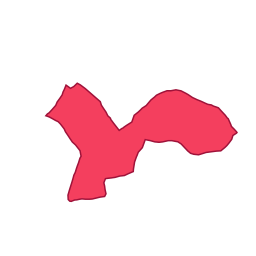 Iguegben, Edo, Nigeria, rotated 57°
{"feature_id": "59680162B67610911656226", "entity_name": "Iguegben", "entity_type": "district", "adm_level": 2, "iso_a3": "NGA", "parent_name": "Nigeria", "parent_adm1": "Edo", "projection": "albers", "projection_center": [6.246, 6.513], "detail": "fine", "context": "isolated", "style": "filled", "palette": "rose", "viewbox_px": 256, "rotation_deg": 57, "n_neighbors": 0, "source": "geoboundaries", "source_scale": "gbopen_adm2", "svg_char_len": 1983}
<svg xmlns="http://www.w3.org/2000/svg" viewBox="0 0 256 256"><g transform="rotate(57 128 128)"><path d="M191.1,39.0L190.0,39.1L186.8,39.6L183.0,40.4L181.0,39.9L174.8,38.9L173.6,39.3L170.2,39.5L164.0,40.6L160.8,41.1L160.3,41.2L158.8,42.3L157.3,43.5L156.2,44.4L154.1,45.5L151.6,48.2L148.7,50.1L147.4,50.9L144.9,52.5L141.8,54.7L137.6,57.3L132.5,59.5L130.4,60.6L125.7,63.3L122.1,67.0L120.1,71.8L118.0,75.0L117.0,79.3L116.5,82.0L116.0,86.2L116.3,87.9L116.5,88.9L116.7,91.0L117.0,93.6L119.1,100.5L119.1,105.3L119.7,107.9L120.2,110.6L120.7,115.9L123.2,119.1L125.1,121.6L125.0,127.6L125.1,131.1L125.3,132.2L125.1,133.3L125.1,133.7L125.1,133.9L125.2,136.7L115.9,137.5L112.6,137.7L111.6,137.8L110.1,137.4L106.8,138.3L102.7,137.8L98.0,137.9L94.4,137.9L90.8,136.9L71.6,142.4L65.9,144.5L62.8,146.2L63.7,150.9L63.4,154.6L58.3,156.6L61.1,160.6L62.4,162.8L64.4,165.2L66.0,169.0L67.6,173.2L69.7,176.3L71.2,181.6L72.3,185.9L72.3,188.0L73.0,190.2L73.6,189.7L75.9,188.0L79.0,186.3L82.1,184.7L84.7,183.1L87.8,182.5L94.0,182.0L97.1,182.5L101.3,182.4L105.4,182.4L109.5,182.3L113.7,181.2L120.9,180.6L125.3,182.4L126.1,182.7L127.2,184.8L130.3,188.5L131.8,190.6L133.9,193.3L136.5,196.4L138.1,199.1L140.2,201.4L142.7,204.3L147.9,210.6L151.6,214.9L155.4,217.1L157.6,216.7L158.6,215.6L159.3,212.1L160.4,210.0L161.4,207.3L162.4,205.2L164.5,202.5L166.6,199.3L168.1,196.6L170.7,189.2L172.7,184.9L171.2,182.3L167.0,180.7L163.9,179.2L160.8,178.1L158.2,174.5L159.2,172.3L160.8,169.1L161.9,166.7L162.3,165.9L163.8,161.1L165.9,156.9L166.4,153.1L167.4,147.3L165.3,145.7L160.1,141.0L156.5,136.3L156.2,135.7L153.9,132.6L152.3,126.7L147.9,120.9L147.1,119.9L150.8,116.1L154.2,113.1L156.9,109.7L158.5,106.5L160.5,101.2L162.6,98.0L165.2,95.3L166.7,93.7L170.3,92.1L171.9,91.8L179.7,90.4L183.3,89.3L185.9,87.1L188.9,83.4L190.1,79.2L191.0,75.9L193.0,71.7L195.6,66.3L197.7,62.6L197.1,57.3L196.6,54.7L195.6,51.5L194.0,47.2L191.4,44.1L191.4,40.9L191.4,39.8L191.1,39.0Z" fill="#f43f5e" stroke="#9f1239" stroke-width="1.5"/></g></svg>